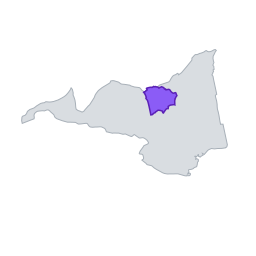 Lom-Et-Djerem, Est, Cameroon (highlighted), rotated 258°
{"feature_id": "32672807B76674513300734", "entity_name": "Lom-Et-Djerem", "entity_type": "district", "adm_level": 2, "iso_a3": "CMR", "parent_name": "Cameroon", "parent_adm1": "Est", "projection": "natural_earth1", "projection_center": [14.12, 5.232], "detail": "fine", "context": "in_parent", "style": "filled", "palette": "violet", "viewbox_px": 256, "rotation_deg": 258, "n_neighbors": 0, "source": "geoboundaries", "source_scale": "gbopen_adm2", "svg_char_len": 5467}
<svg xmlns="http://www.w3.org/2000/svg" viewBox="0 0 256 256"><g transform="rotate(258 128 128)"><path d="M69.0,175.2L69.4,173.8L72.8,167.3L74.9,156.8L75.9,154.3L76.9,152.7L81.7,147.1L83.5,145.3L86.2,143.3L88.1,139.2L88.7,138.7L89.5,138.4L93.7,134.9L94.1,135.6L94.3,136.4L94.7,136.8L96.0,137.1L97.9,137.0L98.9,136.8L99.5,136.1L100.1,134.2L100.4,133.8L100.9,133.7L102.9,135.1L106.3,138.9L107.1,139.5L107.5,140.3L108.2,143.7L108.6,144.6L109.3,145.0L110.6,144.7L112.0,144.1L113.2,143.2L114.4,142.1L115.2,141.0L115.5,140.3L115.7,137.5L116.0,136.8L120.3,132.8L120.2,132.4L119.5,131.2L118.9,129.9L119.5,128.6L120.2,127.6L122.7,124.2L122.9,121.8L124.9,117.9L126.1,112.8L126.1,111.8L128.8,106.1L131.5,105.6L132.6,104.9L133.8,103.4L134.6,102.2L135.0,100.9L135.3,98.5L135.8,95.8L136.1,93.4L136.9,91.2L138.3,90.1L140.7,89.2L141.1,88.7L141.4,87.3L141.8,82.4L142.2,80.2L144.4,77.8L145.4,74.0L146.3,70.0L148.8,65.2L151.8,60.4L153.2,59.1L154.4,58.5L155.7,58.4L156.6,58.1L159.8,55.7L161.1,54.9L162.1,54.0L162.4,53.3L162.5,52.2L162.1,49.8L162.7,47.9L163.0,45.1L163.2,42.9L163.0,42.2L162.4,40.9L161.5,39.5L159.9,38.7L157.7,38.5L156.5,38.0L156.1,35.4L155.9,33.9L154.5,25.5L157.3,25.5L160.6,26.5L161.4,27.2L161.9,30.1L163.1,31.7L165.2,33.1L166.5,35.8L167.1,40.0L168.2,42.5L168.5,42.9L170.2,47.7L170.3,49.8L170.1,51.3L170.8,53.1L169.8,56.3L169.5,58.2L169.4,60.8L170.0,65.6L171.0,69.2L172.0,72.2L173.2,74.5L175.1,77.0L177.2,79.3L179.1,80.7L177.3,81.6L173.9,81.7L171.9,81.2L171.0,81.2L170.0,81.5L166.4,81.9L162.7,81.7L159.3,81.2L157.2,81.2L155.6,82.6L154.3,84.8L153.1,86.4L153.6,88.3L154.5,89.3L156.2,91.6L157.8,93.7L158.6,95.2L161.8,98.4L164.8,101.3L166.3,102.3L166.8,102.5L168.5,104.1L170.8,106.8L172.9,111.1L175.8,119.5L176.5,120.2L177.5,120.7L177.6,121.6L177.5,122.9L177.2,124.0L174.8,128.4L172.8,130.1L172.2,131.1L171.4,133.7L169.5,138.7L168.7,139.4L166.8,142.8L165.3,147.1L164.9,147.8L164.3,148.3L162.1,149.4L161.4,149.9L160.3,151.3L160.2,152.1L160.7,153.4L161.3,154.3L162.4,154.3L163.0,155.2L163.0,161.9L162.5,162.9L162.5,163.3L162.3,164.5L162.2,165.8L162.4,166.3L162.8,166.7L163.4,167.6L163.7,169.6L164.5,176.8L164.8,177.9L165.4,178.7L167.3,180.3L169.3,182.3L170.0,183.7L170.3,185.8L171.1,187.5L171.1,188.1L170.8,188.3L169.5,188.5L170.0,189.7L171.0,191.9L176.1,198.5L181.0,204.5L182.2,204.9L183.0,205.0L183.4,205.4L183.9,206.2L185.5,208.4L185.8,209.6L185.4,210.8L185.8,212.7L186.1,213.3L186.0,213.9L186.2,216.2L186.6,218.2L187.4,219.9L187.3,221.0L186.3,221.7L185.8,222.8L185.6,224.3L185.9,226.2L186.6,228.4L186.6,229.7L185.5,230.5L184.1,229.0L182.7,228.0L180.5,226.2L178.3,225.6L175.5,225.5L174.3,225.7L172.2,224.3L171.5,224.1L170.5,224.7L169.9,224.7L169.1,224.5L167.5,224.5L167.3,223.5L167.1,223.3L165.3,223.4L164.8,222.5L164.5,222.6L163.9,222.3L162.5,221.1L161.0,221.9L157.9,221.8L142.5,221.8L142.1,220.7L141.4,220.1L140.0,220.1L135.9,220.3L132.7,220.1L130.6,219.7L128.0,219.4L124.8,219.6L121.5,219.6L115.6,219.3L112.3,219.3L112.4,220.0L112.2,220.5L112.0,221.7L91.0,221.7L89.3,220.9L88.8,220.4L88.6,219.4L88.3,219.2L88.6,215.0L89.3,211.5L89.6,208.2L90.6,205.3L90.0,202.4L89.4,201.2L86.3,197.1L87.7,195.5L85.8,195.8L85.4,194.2L84.5,192.4L85.1,192.1L85.6,191.1L87.3,191.4L87.3,190.9L85.8,189.4L85.9,188.6L86.6,187.8L86.3,187.4L85.2,188.3L84.4,188.3L83.8,187.7L83.4,187.6L83.6,188.8L83.0,189.8L82.5,190.2L81.5,190.1L80.7,189.8L80.5,189.3L79.7,188.8L77.6,188.0L75.9,187.1L75.5,184.6L74.8,183.6L74.5,182.3L74.4,181.0L74.6,178.8L74.2,178.5L73.6,178.4L72.9,178.5L72.2,178.3L71.3,177.2L70.6,176.7L71.1,178.9L70.5,179.5L69.3,179.3L68.7,178.5L68.6,177.9L69.2,175.3L69.0,175.2Z" fill="#d9dde1" stroke="#a8b0b8" stroke-width="1"/><path d="M136.1,153.0L136.0,153.8L136.0,154.5L136.3,155.2L136.6,155.3L137.2,156.6L137.4,157.9L138.0,158.2L138.2,159.1L138.8,160.3L139.1,160.8L139.1,161.4L138.4,163.4L137.8,164.3L137.5,165.0L136.8,165.2L136.0,165.1L135.3,165.6L135.4,165.9L136.1,166.5L137.1,167.6L137.7,168.2L138.5,169.2L138.8,169.8L138.8,170.4L138.6,171.3L139.8,171.7L140.8,171.8L141.6,174.2L141.5,175.1L141.5,175.3L141.3,178.1L140.9,178.6L142.5,178.9L144.7,179.3L145.8,179.7L146.1,179.8L146.4,180.1L146.9,180.1L147.4,180.7L148.2,181.1L148.8,181.9L149.6,182.6L150.3,182.4L151.3,182.2L151.9,182.2L152.5,182.0L152.8,181.5L152.5,179.9L153.1,178.8L154.7,177.6L156.5,176.9L157.1,176.3L157.4,175.7L157.4,174.0L157.4,173.1L157.5,173.0L157.8,172.7L158.4,172.8L158.6,171.9L159.0,171.6L159.8,171.5L160.1,171.3L160.7,170.4L161.0,169.9L161.4,169.6L161.3,168.9L161.0,168.3L161.1,167.7L160.7,167.1L160.7,166.4L161.0,166.2L161.3,166.1L161.6,165.8L161.8,165.6L162.0,165.4L162.0,165.2L162.1,164.9L162.3,164.3L162.4,164.2L162.4,163.9L162.5,163.8L162.6,163.7L162.8,163.6L162.8,163.1L162.9,162.7L162.8,162.4L163.0,162.2L163.1,161.9L163.3,161.7L163.1,161.4L163.0,161.1L162.9,160.8L162.9,160.7L162.7,160.5L162.7,160.2L162.7,159.9L162.8,159.7L162.9,159.4L162.9,159.2L163.1,158.6L163.2,158.2L163.2,157.7L163.2,157.2L163.2,156.1L163.1,155.6L163.1,155.3L163.1,155.0L163.1,154.9L163.1,154.7L162.9,154.3L162.6,154.3L162.4,154.5L162.2,154.6L161.7,154.7L161.4,154.6L161.2,154.5L161.1,154.4L161.1,154.2L161.0,153.9L160.9,153.9L160.9,153.7L160.8,153.4L160.7,153.2L160.4,153.0L160.2,152.8L160.1,152.5L160.0,152.3L160.0,152.1L160.1,151.8L160.1,151.7L160.1,151.4L159.7,151.2L159.5,150.7L159.3,150.8L158.7,151.5L157.9,151.4L157.4,151.8L156.5,151.9L154.2,152.3L153.5,151.7L153.2,151.7L152.3,152.1L150.9,152.8L148.3,153.0L144.8,153.1L143.4,153.1L137.4,153.1L136.1,153.0Z" fill="#8b5cf6" stroke="#5b21b6" stroke-width="1.5"/></g></svg>